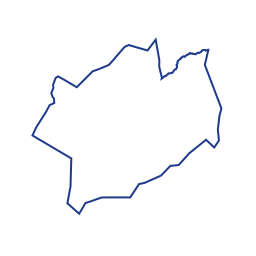 Erdenesant, Töv, Mongolia (Equal Earth projection), rotated 103°
{"feature_id": "93677404B9230847740032", "entity_name": "Erdenesant", "entity_type": "district", "adm_level": 2, "iso_a3": "MNG", "parent_name": "Mongolia", "parent_adm1": "Töv", "projection": "equal_earth", "projection_center": [104.186, 47.276], "detail": "fine", "context": "isolated", "style": "outline", "palette": "blue", "viewbox_px": 256, "rotation_deg": 103, "n_neighbors": 0, "source": "geoboundaries", "source_scale": "gbopen_adm2", "svg_char_len": 2375}
<svg xmlns="http://www.w3.org/2000/svg" viewBox="0 0 256 256"><g transform="rotate(103 128 128)"><path d="M93.5,207.9L95.6,209.8L102.9,210.7L105.8,209.7L111.4,210.6L114.8,208.3L116.0,206.7L120.3,205.5L123.4,209.5L130.4,211.4L148.4,217.7L156.8,219.4L170.4,176.4L197.7,170.9L214.9,170.1L215.0,170.1L222.5,156.3L210.6,152.5L208.4,148.7L201.6,138.1L195.1,110.2L180.1,104.6L177.8,99.6L166.9,85.1L155.4,78.2L152.7,70.3L138.8,62.6L121.9,49.3L127.6,39.6L119.7,36.6L109.3,40.1L95.6,41.6L87.9,41.4L49.1,67.4L43.9,67.3L33.7,67.3L33.8,67.7L34.2,68.0L34.3,68.2L34.4,68.5L34.4,68.8L34.5,68.9L34.5,69.0L34.8,69.2L35.0,69.4L35.1,69.6L35.0,69.9L34.9,70.1L34.8,70.4L34.7,70.7L34.9,70.9L35.0,71.3L35.0,71.5L35.0,72.0L35.2,72.4L35.3,72.7L35.5,73.0L36.1,73.2L36.2,73.3L36.3,73.5L36.7,73.8L37.0,73.8L37.3,73.9L37.7,74.2L38.1,74.7L38.4,75.1L38.5,75.4L38.6,75.7L39.0,75.8L39.0,76.4L39.0,76.7L39.2,77.2L39.7,77.8L40.0,77.9L40.3,78.0L40.6,78.4L40.7,78.6L41.0,78.7L41.0,79.0L41.0,79.5L40.9,79.9L40.9,80.1L41.0,80.3L41.0,80.5L41.1,80.8L41.0,81.2L41.1,81.3L41.2,81.6L41.2,81.8L40.9,82.1L40.9,82.3L41.1,82.5L41.3,83.0L41.3,83.3L41.4,83.5L41.1,83.9L41.0,84.1L40.9,84.3L41.0,84.5L41.3,84.6L41.6,84.6L41.7,84.9L41.8,85.2L41.9,85.4L42.1,85.5L42.3,85.5L42.7,85.7L42.9,86.0L43.1,86.2L43.2,86.6L43.5,87.0L43.7,87.3L44.5,87.7L44.6,88.1L45.0,88.2L45.2,88.3L45.3,88.5L45.7,88.6L45.8,88.7L45.7,89.0L45.6,89.3L45.6,89.6L45.9,89.7L45.9,89.9L45.8,90.2L46.1,90.5L46.3,90.7L46.5,91.0L46.9,91.3L47.2,91.4L47.3,91.6L47.8,91.8L47.8,92.0L48.1,92.1L48.4,92.1L48.5,92.3L48.7,92.6L49.0,92.7L49.3,92.8L49.7,93.1L50.2,93.6L50.5,93.8L50.9,94.1L51.3,94.2L51.4,94.4L51.7,94.5L52.2,94.6L52.5,94.7L52.9,94.7L53.1,94.5L53.3,94.3L53.8,94.4L54.3,94.3L54.7,94.5L55.2,94.8L55.8,94.9L56.1,94.7L56.3,94.3L56.7,94.2L56.9,94.0L58.5,94.1L59.6,94.3L59.9,94.5L60.0,95.0L60.4,95.3L60.6,95.6L62.0,96.4L62.7,96.5L64.1,97.1L64.4,97.3L64.4,97.6L64.5,98.1L64.8,98.5L65.2,99.1L65.4,100.0L65.6,100.3L65.6,100.6L65.9,100.8L66.0,101.1L66.7,101.3L67.0,101.7L67.8,102.2L68.2,102.4L68.4,102.5L68.6,103.0L68.9,103.2L69.1,103.2L69.2,103.5L69.3,103.6L69.2,103.8L69.3,104.1L72.2,106.1L72.4,106.3L72.1,106.3L71.1,106.4L68.3,107.8L66.3,108.9L65.0,109.5L61.1,111.4L54.7,112.8L35.7,120.9L48.1,126.4L47.0,146.0L49.8,149.6L66.3,158.3L70.8,160.8L76.9,169.2L80.7,175.2L99.8,187.1L95.2,201.6L93.5,207.7L93.5,207.9Z" fill="none" stroke="#1e3a8a" stroke-width="2"/></g></svg>